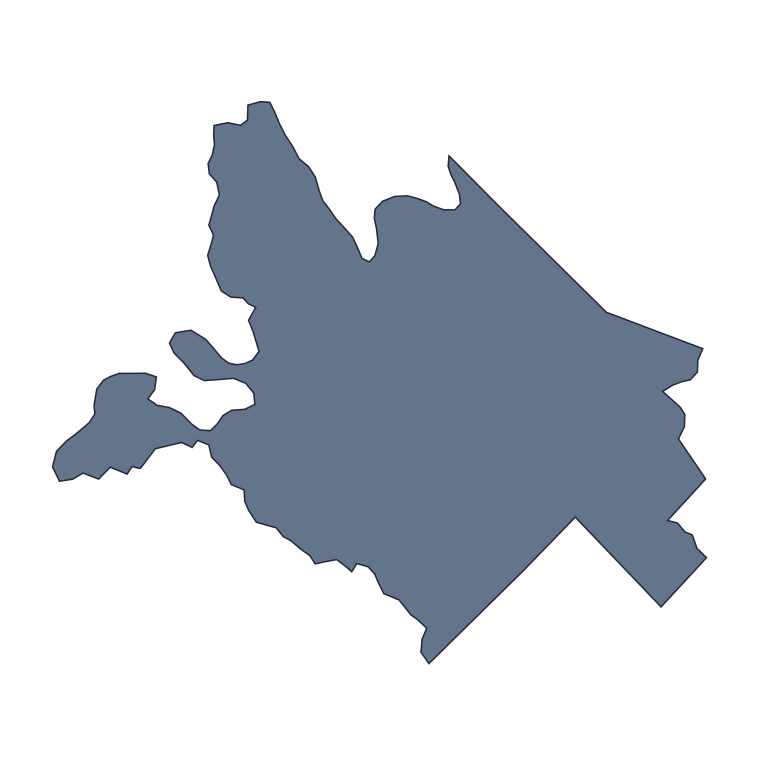 outline of Coronel Freitas, Santa Catarina, Brazil, rotated 2°
{"feature_id": "56859067B46067281388055", "entity_name": "Coronel Freitas", "entity_type": "district", "adm_level": 2, "iso_a3": "BRA", "parent_name": "Brazil", "parent_adm1": "Santa Catarina", "projection": "albers", "projection_center": [-52.766, -26.88], "detail": "fine", "context": "isolated", "style": "filled", "palette": "slate", "viewbox_px": 768, "rotation_deg": 2, "n_neighbors": 0, "source": "geoboundaries", "source_scale": "gbopen_adm2", "svg_char_len": 2352}
<svg xmlns="http://www.w3.org/2000/svg" viewBox="0 0 768 768"><g transform="rotate(2 384 384)"><path d="M95.0,415.3L96.0,424.1L90.9,432.7L85.0,438.2L78.8,443.9L68.7,452.0L59.0,462.8L55.6,478.4L63.1,492.5L76.2,490.0L86.3,483.5L102.2,489.0L113.2,476.7L130.4,483.0L135.0,475.4L143.5,476.9L157.7,456.7L183.7,449.5L194.5,454.1L199.6,446.8L211.0,451.0L214.3,463.1L222.7,471.2L229.9,480.5L234.9,489.9L247.9,494.7L248.9,506.0L253.0,514.8L261.3,526.6L271.6,529.2L281.3,531.5L288.6,540.0L296.6,544.0L306.0,551.6L316.1,558.3L321.4,566.2L329.9,564.0L342.8,561.1L351.6,567.3L358.3,572.8L363.1,564.4L374.4,567.2L381.4,574.3L385.3,582.8L391.2,593.6L406.6,599.3L413.5,607.4L418.9,613.8L426.1,618.6L435.2,626.6L431.0,637.5L430.3,650.7L438.6,661.9L529.6,565.9L579.8,510.4L668.7,597.1L712.4,546.3L702.5,537.3L697.4,524.1L689.9,521.3L682.2,512.7L672.2,510.5L708.8,467.7L680.2,428.6L685.7,416.1L685.7,404.0L681.0,397.0L673.2,390.4L662.7,381.8L671.9,375.4L681.0,371.5L690.0,369.1L696.8,361.1L696.8,349.3L701.4,337.6L603.8,304.6L491.7,201.4L441.0,153.7L440.5,164.0L443.4,172.0L447.5,179.6L452.6,191.3L454.2,201.2L448.8,207.5L437.5,207.8L427.3,204.5L419.8,200.3L411.1,197.5L401.0,195.1L388.4,196.1L376.2,201.4L369.0,209.6L368.5,218.6L371.2,229.5L373.3,244.1L370.3,256.3L365.1,262.5L357.6,259.2L353.5,250.2L347.6,238.4L338.7,229.1L330.2,220.6L323.7,211.6L316.5,203.0L312.7,193.7L308.1,179.5L301.2,169.6L291.2,161.7L284.8,150.3L276.8,139.0L270.3,127.2L265.2,116.0L260.1,106.5L250.8,106.1L238.3,110.0L238.3,125.0L231.6,130.5L218.8,128.3L205.1,131.6L205.1,141.6L206.2,150.7L204.2,161.7L200.5,169.8L202.1,180.1L209.7,188.0L212.9,200.8L208.0,212.0L205.6,222.5L203.4,231.3L208.4,241.2L206.4,250.2L203.3,261.6L206.4,271.9L212.1,283.8L218.2,296.8L227.9,302.5L240.0,302.9L245.9,308.7L253.1,311.9L246.4,325.1L251.3,336.1L255.1,347.3L258.0,355.7L251.8,364.7L244.3,368.4L236.2,369.9L228.2,368.6L220.7,363.6L211.5,353.3L204.1,345.5L189.2,337.0L173.7,340.1L168.1,350.6L173.2,360.5L183.7,370.4L193.8,382.2L204.3,386.9L217.2,385.5L225.6,384.5L233.6,383.6L245.9,388.2L254.2,397.8L255.6,408.9L245.9,414.1L232.5,415.6L224.0,421.3L219.1,429.3L212.2,436.7L201.4,436.3L192.9,430.6L182.1,420.2L170.3,415.0L158.0,413.2L148.5,407.1L155.0,397.6L156.3,384.9L145.5,381.6L130.6,382.2L119.0,382.6L110.7,385.9L103.5,390.1L97.1,399.1L95.0,415.3Z" fill="#64748b" stroke="#1e293b" stroke-width="1.5"/></g></svg>